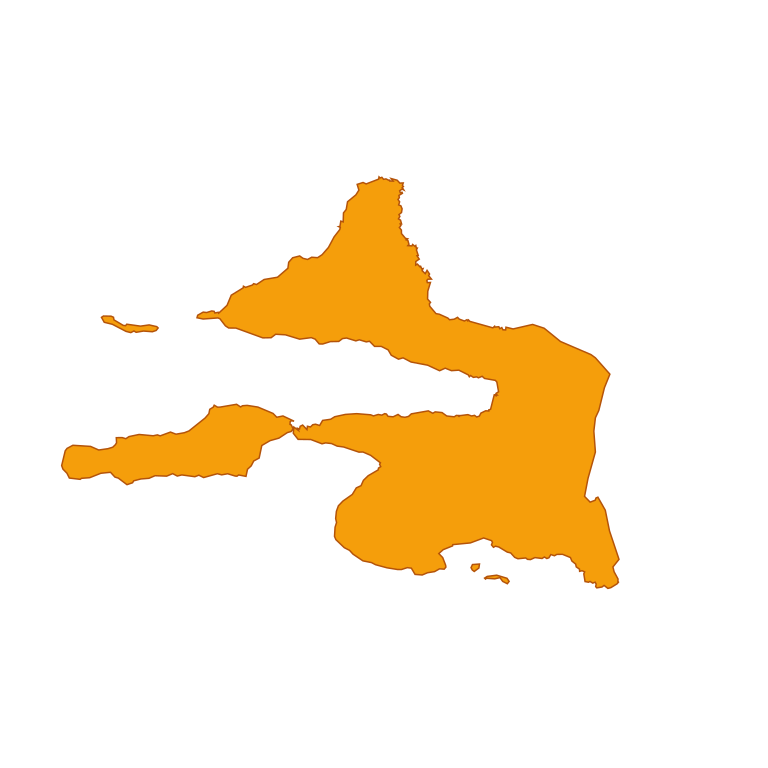 Southern Leyte, Southern Leyte, Philippines, rotated 110°
{"feature_id": "2640588B85389361952197", "entity_name": "Southern Leyte", "entity_type": "district", "adm_level": 2, "iso_a3": "PHL", "parent_name": "Philippines", "parent_adm1": "Southern Leyte", "projection": "robinson", "projection_center": [125.101, 10.248], "detail": "fine", "context": "isolated", "style": "filled", "palette": "amber", "viewbox_px": 768, "rotation_deg": 110, "n_neighbors": 0, "source": "geoboundaries", "source_scale": "gbopen_adm2", "svg_char_len": 6171}
<svg xmlns="http://www.w3.org/2000/svg" viewBox="0 0 768 768"><g transform="rotate(110 384 384)"><path d="M188.5,434.7L189.8,437.8L188.0,441.3L188.5,447.5L190.2,444.8L191.3,447.9L189.9,448.6L191.0,448.4L190.6,452.3L191.8,454.4L190.5,456.7L191.7,458.1L191.1,459.5L193.3,459.1L202.1,469.2L201.8,472.6L205.6,477.5L210.4,473.9L215.9,475.1L225.2,480.6L232.9,479.2L237.1,480.6L245.6,477.8L245.7,480.3L250.9,479.3L251.6,480.4L251.8,478.6L254.1,478.4L262.8,481.2L274.7,482.9L283.7,486.4L288.0,489.6L289.6,495.3L293.1,498.4L293.6,503.1L292.5,507.0L296.6,513.0L302.2,515.2L308.1,513.9L320.1,520.6L326.8,532.4L334.1,537.8L334.3,540.8L336.0,541.5L340.5,547.1L340.2,549.5L341.8,549.2L352.8,557.9L363.8,558.4L374.0,563.6L373.3,564.3L375.1,567.2L373.8,568.5L374.3,570.9L377.5,575.1L378.3,578.5L383.1,582.6L385.7,582.4L384.8,576.2L378.7,562.6L378.8,560.5L383.6,552.9L384.5,549.1L382.1,542.3L382.1,513.7L379.1,505.9L374.3,502.8L371.5,493.5L370.7,478.6L365.3,468.2L365.4,464.0L368.5,458.6L367.4,455.3L362.5,448.9L359.5,441.1L355.5,438.5L353.6,434.9L353.1,425.2L350.9,422.3L350.5,415.1L348.8,412.2L351.9,405.7L349.6,399.4L350.5,391.8L354.5,387.0L355.7,378.9L352.9,375.0L354.1,366.1L351.4,349.5L352.5,336.3L348.2,331.9L348.4,325.2L345.4,318.4L346.6,307.9L348.0,306.3L346.4,305.5L347.2,302.3L345.6,299.4L345.9,297.4L343.2,294.4L344.4,291.4L342.5,280.6L343.6,278.6L352.1,273.7L354.5,275.5L355.9,273.6L355.5,275.6L355.8,274.6L356.1,275.9L356.2,276.2L356.4,276.2L356.1,275.8L356.7,275.2L356.6,276.7L371.3,275.2L372.5,276.7L373.5,276.3L374.4,279.3L378.2,283.0L381.5,283.4L383.3,285.6L382.5,288.2L384.1,290.8L384.1,294.7L387.8,301.9L389.4,302.7L387.9,302.5L388.8,305.3L390.8,306.8L392.6,314.1L391.0,319.7L392.7,326.4L394.8,328.1L394.1,333.2L402.7,348.1L406.1,349.9L408.1,352.9L408.9,356.7L407.8,360.4L411.7,364.2L413.0,369.2L411.4,371.4L411.6,373.2L414.0,375.4L414.6,379.0L417.6,383.0L417.5,386.0L421.2,399.5L425.8,409.9L431.6,419.1L435.4,422.1L439.2,429.2L445.0,430.3L445.2,434.6L446.6,437.0L449.5,438.4L449.9,441.5L453.2,440.8L450.4,446.4L452.4,448.3L455.2,448.0L455.2,450.0L456.9,448.5L455.3,454.0L461.3,452.4L465.4,445.8L461.2,433.8L461.4,421.8L459.3,418.7L457.9,412.9L458.4,406.8L457.0,400.4L456.6,384.3L455.1,380.5L455.6,372.1L459.3,360.4L460.9,360.7L462.8,358.8L464.9,360.4L466.7,360.1L475.6,367.5L481.6,370.4L487.4,370.8L491.1,374.5L498.6,376.0L508.1,382.6L514.0,385.2L519.9,385.2L527.0,383.4L530.4,381.2L535.3,381.0L544.1,378.4L546.7,376.0L551.4,365.3L552.1,359.5L554.5,354.9L557.4,343.3L556.1,334.7L556.7,330.1L555.7,318.4L553.7,307.9L552.4,304.2L548.6,299.3L547.7,295.3L552.3,289.7L550.4,282.8L546.5,278.6L543.0,272.3L538.7,268.6L537.4,264.1L534.9,263.2L533.2,264.1L527.0,269.5L524.6,274.5L519.4,271.7L512.7,264.2L511.4,264.4L503.8,248.5L494.6,237.7L494.4,229.3L495.8,227.9L498.4,228.0L500.0,225.3L498.3,223.8L497.9,220.5L499.8,210.7L499.4,207.2L502.2,201.9L502.4,198.4L499.0,191.3L499.7,189.2L498.9,186.3L495.5,182.8L493.9,175.8L491.7,174.1L492.3,171.3L490.9,169.6L487.2,168.9L487.1,165.1L485.0,163.3L483.0,158.0L483.3,149.5L486.1,146.9L487.7,142.3L490.1,140.8L491.1,137.0L493.1,136.1L491.7,134.0L491.9,131.2L494.1,131.3L500.9,127.5L500.3,124.0L499.1,122.9L499.7,119.7L498.0,117.8L499.4,116.2L502.0,115.8L502.8,114.3L500.2,109.7L498.0,108.3L499.5,103.7L497.8,101.2L492.0,96.6L489.4,95.7L490.2,96.5L487.2,97.4L481.7,103.6L477.6,106.3L468.4,103.2L445.0,121.8L426.9,132.9L417.2,144.3L418.6,145.8L421.0,145.8L424.5,149.9L421.0,157.1L403.0,160.0L375.6,162.1L356.5,170.7L343.4,173.8L335.4,173.1L312.1,175.6L297.5,175.1L287.1,194.3L285.6,199.5L283.7,232.7L276.8,252.6L277.2,264.7L288.1,281.5L288.9,288.8L291.6,288.2L292.4,290.8L290.7,292.6L292.4,294.1L290.9,295.7L292.6,299.3L291.9,299.8L294.0,300.9L295.8,324.8L294.9,326.5L296.0,326.8L295.2,328.0L297.3,330.0L297.3,335.4L296.2,337.7L299.1,340.2L301.2,344.4L300.2,346.5L299.5,355.9L300.1,359.2L295.3,367.6L293.2,368.8L291.4,368.2L289.3,372.1L281.8,374.6L272.7,375.1L273.9,377.9L272.1,379.2L270.5,378.6L269.2,375.3L266.9,379.1L265.1,378.8L262.5,382.4L266.2,383.0L264.5,386.9L262.2,386.8L262.9,387.9L260.9,389.8L261.6,390.2L259.9,393.7L261.4,394.9L258.0,396.0L254.6,393.6L252.2,396.9L251.5,395.8L246.9,399.4L244.9,399.2L245.2,400.1L243.0,401.5L244.1,402.0L243.1,404.8L244.7,405.0L245.8,408.9L244.2,408.3L240.9,410.7L240.9,412.4L239.5,411.5L239.8,413.6L236.7,419.0L233.4,420.3L231.7,423.1L229.2,422.3L228.1,423.5L227.6,422.2L224.4,424.5L223.9,426.9L221.1,426.4L219.7,427.9L216.9,426.2L213.2,426.9L210.8,429.1L210.7,431.5L207.5,431.6L205.8,434.0L203.6,433.3L201.7,434.5L198.5,431.9L197.7,432.6L198.6,434.2L197.1,435.4L194.7,433.7L194.9,431.8L193.1,434.1L191.8,433.3L191.1,434.6L188.5,434.7ZM523.9,611.7L526.0,617.2L530.8,615.2L533.0,615.7L536.2,617.3L539.2,621.3L543.6,629.5L543.0,638.4L548.0,655.4L552.9,659.8L555.8,660.7L570.9,659.0L573.8,656.6L576.3,651.4L580.0,647.5L577.5,636.9L576.1,636.0L572.7,628.5L564.7,619.5L560.5,610.8L563.5,605.0L563.3,601.5L566.5,591.1L562.8,586.5L560.6,586.1L556.4,580.0L553.0,572.6L548.5,567.8L544.9,556.7L540.5,551.9L541.2,546.8L538.6,542.9L535.8,530.0L533.0,526.8L533.6,521.5L525.3,509.9L524.9,505.5L521.8,500.2L521.4,492.4L520.9,490.6L519.2,489.5L518.0,482.1L510.8,483.1L506.4,480.8L500.9,480.1L496.3,476.0L483.6,477.8L476.2,471.7L470.8,464.2L462.7,458.2L460.4,455.0L457.2,454.1L454.2,457.1L454.1,458.5L451.5,459.3L450.2,458.5L449.7,455.8L448.6,468.0L451.9,473.4L449.6,478.2L448.8,494.6L450.9,505.3L452.8,509.5L454.6,510.9L453.5,515.6L461.8,530.2L462.7,532.5L462.0,536.3L464.1,536.5L467.4,539.1L471.8,538.4L477.2,540.5L494.8,551.2L498.1,555.0L502.3,562.3L502.2,568.2L509.3,576.6L509.3,579.5L511.6,583.2L515.2,596.9L520.6,605.6L523.7,607.9L523.9,611.7ZM416.5,628.1L414.1,619.5L411.6,616.4L408.6,615.4L407.8,617.2L408.8,624.9L412.9,632.6L415.8,646.2L417.6,646.8L418.1,649.1L416.1,659.7L413.8,661.0L413.6,663.6L416.1,670.9L418.0,672.3L421.7,668.0L420.8,659.7L422.8,644.4L422.3,639.5L419.7,637.1L420.2,634.6L416.5,628.1ZM531.5,221.2L529.2,213.3L526.3,208.8L528.9,204.9L529.5,199.8L526.7,198.9L524.5,202.0L525.1,212.7L529.5,221.2L532.0,223.1L532.6,221.9L531.5,221.2ZM529.3,235.1L524.5,231.9L520.5,232.7L523.4,239.1L526.8,239.4L528.6,237.4L529.3,235.1Z" fill="#f59e0b" stroke="#b45309" stroke-width="1.5"/></g></svg>